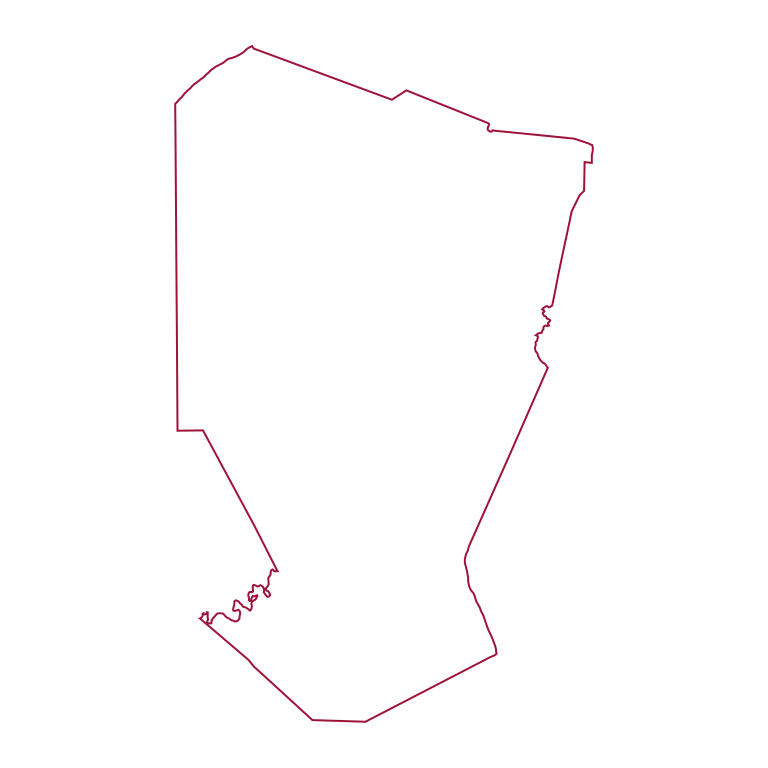 outline of Bavel, Batdâmbâng, Cambodia
{"feature_id": "14789045B6741933347766", "entity_name": "Bavel", "entity_type": "district", "adm_level": 2, "iso_a3": "KHM", "parent_name": "Cambodia", "parent_adm1": "Batdâmbâng", "projection": "equal_earth", "projection_center": [102.818, 13.225], "detail": "fine", "context": "isolated", "style": "outline", "palette": "rose", "viewbox_px": 768, "rotation_deg": 0, "n_neighbors": 0, "source": "geoboundaries", "source_scale": "gbopen_adm2", "svg_char_len": 4637}
<svg xmlns="http://www.w3.org/2000/svg" viewBox="0 0 768 768"><path d="M175.2,103.8L175.5,137.1L176.0,209.0L176.2,240.5L176.9,335.9L177.1,366.0L177.5,430.7L203.0,430.4L254.0,525.0L277.5,571.2L276.5,571.2L276.1,571.2L275.7,571.2L274.3,571.3L273.7,570.5L272.7,569.5L271.4,570.2L270.9,571.0L270.6,572.1L270.7,573.9L270.1,575.6L269.4,576.2L268.8,577.2L268.3,578.2L268.3,579.5L268.6,582.0L268.5,584.7L267.5,586.5L266.7,587.4L265.5,588.9L265.9,589.7L266.5,590.5L267.3,590.9L268.1,591.3L269.0,592.3L270.2,594.7L269.5,596.0L268.9,596.5L267.3,596.8L266.5,596.0L265.6,594.9L264.6,593.4L263.8,592.3L264.1,591.0L264.1,589.9L263.8,588.5L263.3,587.4L262.5,586.5L260.6,585.2L259.6,585.5L259.0,586.0L258.1,586.4L257.4,586.5L256.4,585.9L255.3,585.3L253.5,584.9L252.8,586.0L252.7,587.2L252.9,589.0L253.0,591.4L252.0,592.2L251.1,591.9L249.7,592.0L249.1,592.6L248.6,593.6L248.3,594.9L248.6,596.8L248.9,598.2L249.0,599.1L249.0,600.3L249.6,601.0L250.8,600.5L251.2,599.7L251.5,598.1L251.9,597.2L252.9,595.9L254.0,596.5L255.0,595.9L255.9,595.7L257.0,595.2L257.4,596.0L256.8,597.1L256.2,598.0L255.9,598.9L255.3,599.6L254.0,600.3L252.6,601.1L251.7,602.3L251.4,603.8L251.7,605.2L251.8,606.7L251.6,608.1L250.7,610.1L250.1,610.6L249.2,610.1L248.1,609.0L247.4,608.5L246.5,607.9L245.8,607.5L245.1,607.3L244.3,607.1L242.9,606.6L242.4,605.8L241.9,605.0L241.0,604.2L240.0,603.3L239.4,602.4L238.6,601.6L237.8,601.0L236.8,600.6L235.7,600.4L234.4,601.4L234.4,602.7L234.2,605.3L233.8,606.2L233.4,607.8L233.1,609.5L233.3,610.6L234.3,610.9L235.5,610.8L236.8,610.3L238.4,609.8L239.2,610.5L239.9,611.6L240.2,613.1L239.9,614.9L239.6,616.2L239.4,618.8L237.6,620.9L236.4,621.2L234.9,621.5L234.0,621.0L232.1,620.4L230.5,619.7L229.0,618.4L227.1,617.7L226.0,616.8L224.4,615.1L223.6,614.0L222.7,613.5L221.4,613.4L219.7,613.2L217.4,613.5L216.3,614.5L215.2,615.9L213.7,617.4L212.7,618.5L212.4,619.6L211.6,620.1L211.6,621.9L211.3,623.4L210.2,623.3L207.8,623.4L207.0,622.3L207.5,620.9L208.1,619.3L207.6,617.2L207.6,615.9L207.7,614.9L207.7,613.9L207.7,612.3L206.9,612.2L206.6,613.5L205.9,614.1L205.0,614.3L203.9,614.4L203.5,613.2L202.6,613.8L202.8,614.9L202.6,615.9L201.7,617.3L200.9,618.0L199.9,618.4L248.5,659.9L253.8,666.5L265.7,677.3L312.4,720.1L363.9,721.7L365.1,721.9L489.9,657.3L494.9,655.2L496.6,653.5L496.0,651.1L496.0,649.6L495.7,647.9L495.1,645.7L494.1,643.1L492.8,639.6L491.6,636.7L490.8,634.8L489.6,632.5L488.1,629.2L486.7,625.4L485.6,622.3L484.6,619.2L483.9,616.9L483.0,614.7L482.1,613.2L480.9,610.9L480.0,608.1L478.7,605.6L477.1,602.9L476.1,600.7L475.3,598.3L474.7,595.9L473.5,593.3L472.5,592.1L471.0,590.3L469.5,587.3L468.7,584.1L468.2,581.5L468.1,577.7L467.5,574.1L466.9,570.6L465.8,566.5L464.8,562.6L464.9,559.2L465.7,555.4L466.3,553.4L467.8,550.7L468.7,547.2L469.2,545.7L510.2,453.6L547.8,367.7L547.1,366.8L545.9,365.3L545.5,364.5L544.9,363.7L543.5,363.1L542.5,362.3L541.4,361.3L540.2,360.0L539.5,358.7L539.0,357.5L538.4,356.6L537.9,355.8L537.6,353.7L536.7,352.5L535.7,351.2L535.3,350.1L535.0,348.7L535.0,347.5L535.4,346.2L535.7,345.3L535.6,343.6L535.6,342.2L536.5,341.2L537.2,340.7L537.3,339.4L537.6,338.5L538.0,337.2L537.4,335.7L535.9,335.2L536.8,334.5L538.1,333.6L539.5,332.9L541.6,332.9L541.9,331.8L542.2,330.7L542.7,330.0L543.4,329.3L543.5,327.1L544.4,326.0L545.9,325.5L547.5,326.1L548.9,325.6L548.2,324.2L547.9,323.3L548.6,322.3L549.5,321.7L550.2,320.3L549.1,319.4L548.0,319.0L547.3,318.7L546.4,317.8L546.0,316.6L545.3,316.3L544.0,315.8L543.5,314.8L542.8,313.6L542.8,312.5L543.7,312.2L544.4,311.4L543.8,310.3L543.0,309.9L542.2,309.4L543.2,308.1L544.5,307.3L545.8,306.3L547.4,306.2L548.5,307.3L550.0,307.0L552.2,305.5L553.1,301.4L554.8,292.8L558.4,274.2L561.3,260.3L569.5,222.0L571.7,211.3L578.5,197.5L580.0,194.8L584.1,190.9L584.6,162.1L591.8,162.9L591.8,158.9L591.8,155.7L592.7,151.0L592.8,147.3L592.1,145.0L590.1,144.3L589.2,143.7L587.2,143.0L574.7,138.8L572.7,138.5L571.8,138.4L494.5,130.7L493.3,130.3L492.4,130.4L491.7,131.6L490.0,131.6L489.2,131.0L488.4,130.5L487.8,129.8L487.7,128.0L488.4,126.4L488.7,125.2L489.1,124.2L488.5,123.3L406.4,90.4L391.9,99.7L347.8,83.4L286.5,60.7L253.8,48.6L252.1,46.1L248.6,47.8L246.5,49.3L245.2,50.5L243.8,51.9L242.2,53.1L239.5,54.7L235.8,56.6L233.9,57.3L230.5,58.3L228.5,58.8L226.1,60.4L223.7,62.5L222.2,63.4L220.2,64.4L218.2,65.4L216.6,66.2L215.3,66.9L213.9,68.0L212.7,69.0L211.5,69.6L210.2,71.0L209.5,71.6L208.3,72.9L206.8,74.0L205.5,75.2L204.4,76.5L202.9,77.8L201.4,78.8L200.1,79.8L198.4,81.2L197.3,82.0L195.9,83.1L194.6,83.9L193.5,84.8L192.0,86.3L190.6,87.9L189.1,89.3L187.5,90.6L185.9,92.2L184.8,93.2L183.3,95.2L181.8,97.0L180.8,98.0L179.1,99.6L176.9,102.2L175.2,103.8Z" fill="none" stroke="#9f1239" stroke-width="2"/></svg>